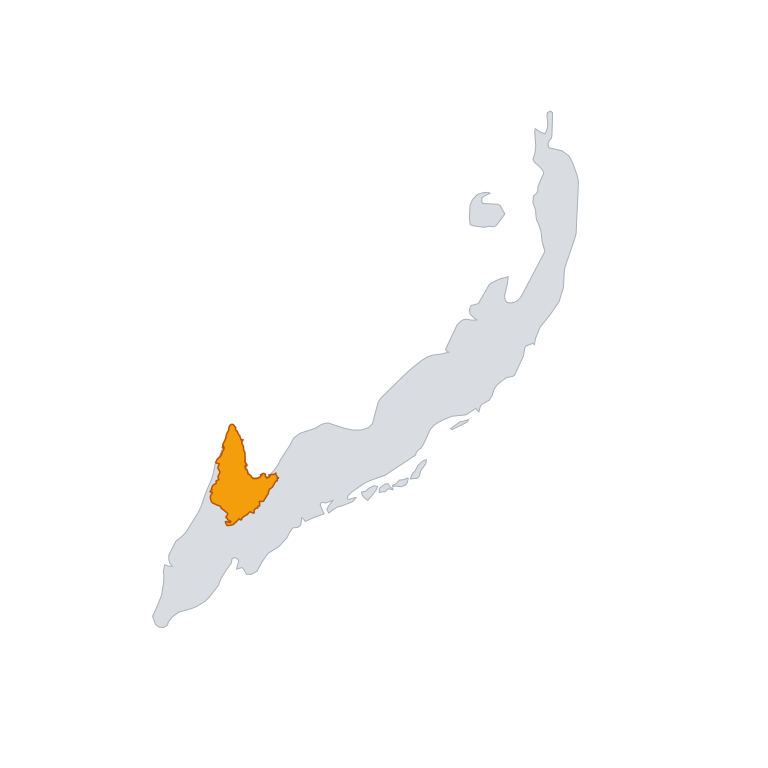 Cuba, with Granma highlighted, rotated 117°
{"feature_id": "CUB-1366", "entity_name": "Granma", "entity_type": "Province", "adm_level": 1, "iso_a3": "CUB", "parent_name": "Cuba", "parent_adm1": "", "projection": "natural_earth1", "projection_center": [-76.9, 20.306], "detail": "fine", "context": "in_parent", "style": "filled", "palette": "amber", "viewbox_px": 768, "rotation_deg": 117, "n_neighbors": 0, "source": "natural_earth", "source_scale": "10m", "svg_char_len": 7505}
<svg xmlns="http://www.w3.org/2000/svg" viewBox="0 0 768 768"><g transform="rotate(117 384 384)"><path d="M246.7,267.4L262.2,270.7L274.7,269.7L280.7,267.8L280.2,269.8L285.6,274.7L287.6,275.0L295.7,272.5L316.9,271.6L319.0,273.0L322.7,277.7L328.1,280.6L333.7,282.9L339.5,283.5L345.3,282.4L350.8,282.9L357.6,287.6L359.7,288.1L365.8,286.8L364.0,291.1L374.3,297.0L381.8,308.7L387.2,313.5L393.0,317.8L397.9,320.7L403.4,322.1L420.0,321.5L424.0,321.8L427.5,323.5L430.8,324.2L432.8,323.5L464.9,341.7L475.1,351.4L481.3,356.4L494.9,363.7L500.3,365.3L503.1,364.3L502.6,362.7L498.6,358.7L498.0,357.2L503.1,358.5L512.3,366.7L514.8,369.7L519.4,372.5L524.1,374.6L521.9,377.8L518.1,378.1L510.9,376.7L516.6,382.0L517.6,385.8L520.3,386.2L524.2,382.0L526.8,378.4L536.9,387.6L542.3,391.8L540.9,394.2L540.5,396.6L546.5,394.4L548.9,394.6L551.1,395.9L553.5,399.9L559.2,400.8L564.9,400.6L576.6,403.9L587.6,410.5L598.0,411.9L608.4,412.1L613.7,415.6L616.0,420.3L613.4,423.6L612.0,427.1L615.9,431.4L607.4,433.2L606.2,435.8L606.7,438.5L608.4,440.1L613.2,438.7L620.2,439.9L631.3,441.0L638.7,440.1L653.8,443.0L658.4,444.6L667.4,450.0L671.5,453.6L680.4,463.3L688.1,467.1L694.7,468.1L697.0,467.4L701.0,469.8L702.8,474.1L701.9,478.6L696.0,484.8L686.5,485.1L673.3,486.3L660.5,490.3L654.2,493.4L651.4,495.5L644.7,497.4L644.2,495.7L644.3,493.7L642.5,489.8L641.0,493.3L638.5,495.8L634.3,498.0L618.7,498.1L612.5,495.2L606.1,493.2L582.7,491.2L577.0,491.3L561.4,493.5L545.7,494.6L539.1,496.0L532.6,498.0L520.0,497.9L505.0,500.2L490.0,500.6L499.6,484.6L519.9,469.3L523.7,466.0L526.4,461.7L527.1,458.5L526.2,455.8L521.4,451.0L520.4,447.4L519.0,445.1L511.9,443.0L504.8,441.8L497.4,441.8L481.7,440.1L473.3,440.0L466.3,436.7L454.6,425.1L449.1,421.8L446.3,419.2L444.1,416.2L441.4,399.0L439.1,390.8L435.5,383.6L430.2,378.1L424.5,376.3L402.8,381.0L397.7,380.3L392.8,378.7L360.1,367.6L346.6,361.5L341.1,358.4L336.4,354.1L331.6,347.0L326.2,340.7L326.2,343.3L325.3,344.9L297.9,345.7L293.5,344.2L290.7,342.5L288.8,339.9L287.3,334.8L284.8,330.5L283.9,335.1L282.5,339.3L278.8,341.7L274.6,342.1L269.6,336.5L247.4,335.3L245.4,334.3L238.2,328.9L232.0,322.1L238.2,319.7L251.0,316.5L253.8,314.4L255.5,311.7L254.3,307.7L251.8,304.8L249.2,303.1L246.3,302.0L242.5,301.5L193.2,300.8L190.3,303.0L185.8,307.4L177.0,313.2L171.1,319.1L168.9,322.2L166.2,324.3L160.1,328.0L154.8,333.7L148.5,336.2L145.1,334.7L141.7,334.7L139.2,336.1L136.6,336.7L123.9,337.4L122.0,338.9L120.1,342.9L118.0,350.8L116.0,353.4L109.6,354.4L103.5,356.6L91.1,364.1L87.9,365.2L88.6,359.7L88.1,354.3L84.6,354.1L80.6,355.0L77.3,356.5L71.1,360.5L68.0,361.6L65.2,359.5L65.8,356.9L86.3,347.2L88.6,346.5L92.2,347.2L95.8,346.9L98.6,344.2L95.4,331.4L96.8,322.7L101.6,316.0L111.2,305.8L115.8,302.4L162.6,281.2L167.4,280.1L197.7,275.8L202.3,274.3L216.4,268.0L231.2,265.4L246.7,267.4ZM202.8,379.6L197.2,383.4L185.4,388.6L179.1,388.8L172.7,386.8L168.4,382.4L165.9,378.1L166.1,376.0L170.1,379.5L173.5,381.2L176.4,380.1L178.4,378.2L172.1,364.1L172.4,361.2L177.6,353.5L191.5,355.8L193.9,357.2L195.8,362.0L198.9,365.9L202.5,376.1L202.8,379.6ZM436.1,310.5L444.3,312.0L449.8,310.8L452.7,311.4L456.6,317.3L453.1,318.0L450.3,318.0L448.3,317.0L441.0,316.7L436.2,315.0L433.6,313.5L432.3,311.8L436.1,310.5ZM493.0,352.8L490.5,355.0L487.9,351.8L483.8,350.3L479.3,346.8L478.2,343.2L482.0,342.9L486.7,343.6L495.1,345.6L494.3,349.7L493.0,352.8ZM471.8,329.3L470.6,330.5L467.4,327.9L462.7,326.7L460.0,322.6L457.4,321.0L457.2,319.5L461.5,318.5L464.5,319.0L467.8,322.1L469.8,327.8L471.8,329.3ZM480.5,340.4L478.6,340.6L472.7,337.7L470.9,335.2L473.0,331.9L473.4,328.3L474.3,328.1L475.2,332.4L479.7,334.3L480.0,335.2L482.7,338.9L480.5,340.4ZM393.6,302.6L393.7,304.4L383.4,299.3L379.0,293.9L377.2,292.6L380.1,292.5L393.6,302.6Z" fill="#d9dde1" stroke="#a8b0b8" stroke-width="1"/><path d="M530.5,498.3L527.3,498.5L525.8,498.2L522.9,496.9L521.3,496.6L520.5,497.3L520.1,497.3L519.7,496.8L519.1,496.7L518.5,497.0L518.1,497.7L516.6,497.2L514.8,497.0L513.3,497.5L512.4,498.7L514.0,498.7L514.0,499.2L512.9,499.3L511.3,500.0L510.1,500.2L504.6,500.3L500.8,501.4L498.7,501.6L496.2,501.4L492.5,502.5L491.4,502.6L490.6,502.4L489.8,502.0L489.1,501.4L488.7,500.6L488.8,499.3L489.9,497.0L490.0,496.3L490.4,496.2L491.2,496.1L491.6,495.8L492.0,495.4L492.4,494.7L492.8,494.4L492.6,493.6L492.9,493.1L494.0,491.9L495.4,489.9L495.5,489.5L495.7,489.0L498.5,486.1L498.4,485.5L497.6,484.6L497.7,484.2L498.2,484.2L499.8,484.8L500.4,484.2L501.5,483.8L501.8,483.5L502.0,483.1L503.0,481.3L504.1,480.5L506.6,479.0L507.6,477.4L508.7,476.5L514.7,473.3L515.9,473.1L516.7,472.6L517.7,470.0L518.5,469.2L518.9,469.2L519.3,469.2L519.0,470.1L519.3,470.5L520.1,470.5L521.0,470.2L521.8,469.6L522.4,468.8L522.8,467.7L523.0,466.6L523.4,466.2L525.8,464.5L526.0,461.1L526.4,460.6L526.9,460.1L527.7,457.6L525.8,454.3L525.3,453.7L523.7,452.5L521.5,451.6L521.0,451.5L521.3,452.3L521.0,452.8L519.9,451.9L519.0,451.5L518.3,450.7L518.1,449.2L518.3,448.7L518.8,448.4L519.3,448.2L519.7,448.0L521.0,446.0L521.0,445.6L518.8,444.0L517.7,443.8L517.3,445.1L516.1,443.8L515.1,442.0L513.9,440.5L512.6,439.9L512.8,439.7L513.8,439.3L514.0,439.1L514.1,438.9L514.3,438.3L514.6,437.9L515.1,437.2L515.3,436.8L515.4,436.4L515.5,435.7L515.6,435.3L515.9,435.3L516.2,435.7L516.4,436.3L516.7,436.3L517.0,436.1L518.0,435.4L518.4,435.2L518.8,435.2L519.0,435.6L519.2,436.0L520.6,436.4L526.4,436.6L528.6,437.5L529.4,438.2L529.8,438.4L530.3,438.3L531.3,438.0L532.1,438.0L533.0,437.8L534.3,437.3L536.8,437.8L537.3,437.7L538.5,437.7L541.0,438.1L542.3,438.0L543.2,438.3L543.8,438.8L544.9,441.4L545.5,441.7L546.5,440.8L546.7,440.6L549.1,439.5L549.4,440.1L549.7,440.4L550.0,440.7L550.4,440.8L551.0,440.5L551.6,440.2L551.8,440.2L552.0,440.3L552.5,441.4L552.9,441.7L553.4,442.0L554.3,442.2L554.7,442.3L555.3,442.4L555.9,442.2L557.5,441.3L558.1,441.3L558.5,442.5L558.5,443.0L558.6,443.8L558.5,444.9L558.5,445.2L558.7,445.4L559.3,445.8L562.1,446.5L563.1,447.0L565.9,448.9L568.0,449.6L568.5,449.8L568.8,449.7L569.0,449.5L569.1,449.4L569.4,449.4L569.6,449.4L569.8,449.5L570.0,449.6L570.2,450.1L570.2,450.5L569.9,452.0L570.6,452.0L571.9,452.6L573.4,452.9L574.2,453.2L575.4,453.8L577.0,454.2L577.5,454.5L578.1,455.0L579.9,457.0L581.4,459.6L579.8,461.9L579.0,462.7L578.5,462.7L578.3,462.4L578.0,461.5L577.7,460.8L577.7,460.4L577.7,460.0L577.7,459.6L577.7,459.1L577.6,458.7L577.3,458.3L576.7,457.9L576.2,458.0L575.9,458.4L576.1,459.7L576.1,460.3L576.0,460.9L575.8,461.4L575.6,461.8L575.2,462.3L575.0,462.6L574.9,462.9L574.8,463.5L574.8,463.8L574.6,464.3L574.3,464.5L573.7,464.5L572.4,464.2L571.9,464.1L570.9,464.2L570.4,464.6L570.1,465.3L568.8,471.0L568.8,471.3L568.8,471.5L568.9,472.2L568.0,473.2L567.5,473.9L567.1,474.1L567.1,474.5L567.2,475.0L567.6,477.1L567.8,483.0L567.2,484.3L565.5,486.1L564.6,486.8L563.7,487.3L563.0,487.6L562.4,487.8L562.0,487.8L560.6,487.7L558.9,487.4L558.5,487.7L558.5,487.9L558.6,488.3L559.1,489.7L559.0,490.0L558.6,490.2L557.0,489.7L556.5,489.5L556.1,489.4L556.0,489.5L555.8,490.1L555.6,490.3L554.2,490.3L553.1,490.5L552.6,490.5L552.3,490.4L552.2,490.4L551.9,490.3L551.0,490.0L550.5,489.8L550.1,489.5L549.6,488.8L549.2,488.5L548.9,488.5L547.8,488.8L547.4,489.0L547.2,489.1L547.1,489.4L546.9,489.6L546.7,489.6L546.3,489.3L546.2,489.1L545.8,489.0L545.6,488.9L545.4,488.8L545.2,488.5L545.0,488.4L544.4,487.8L543.5,488.4L542.5,489.6L541.9,489.8L541.0,490.0L539.7,490.1L538.9,490.0L537.4,490.1L537.0,490.2L536.7,490.4L534.5,493.7L534.1,494.0L533.7,494.1L530.3,494.6L529.7,494.7L529.7,495.0L529.8,495.2L530.0,495.5L530.5,496.7L530.5,498.3Z" fill="#f59e0b" stroke="#b45309" stroke-width="1.5"/></g></svg>